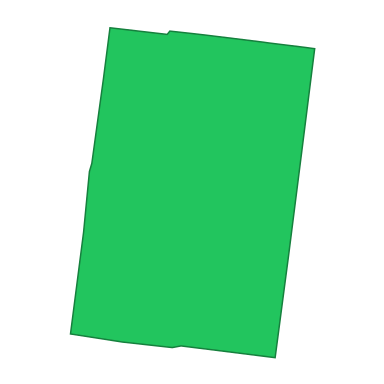 Carlton, Minnesota, United States of America (orthographic projection), rotated 277°
{"feature_id": "52423323B32701747580552", "entity_name": "Carlton", "entity_type": "district", "adm_level": 2, "iso_a3": "USA", "parent_name": "United States of America", "parent_adm1": "Minnesota", "projection": "orthographic", "projection_center": [-92.563, 46.593], "detail": "fine", "context": "isolated", "style": "filled", "palette": "green", "viewbox_px": 384, "rotation_deg": 277, "n_neighbors": 0, "source": "geoboundaries", "source_scale": "gbopen_adm2", "svg_char_len": 446}
<svg xmlns="http://www.w3.org/2000/svg" viewBox="0 0 384 384"><g transform="rotate(277 192 192)"><path d="M36.3,88.7L34.6,141.3L35.2,191.4L37.9,199.9L37.7,294.7L140.6,295.6L242.8,296.0L349.2,296.3L349.2,294.1L349.3,287.5L349.3,259.8L349.3,249.8L349.4,244.8L349.4,185.1L349.3,173.1L349.0,150.4L345.4,148.2L345.3,134.9L345.0,90.6L293.4,90.3L208.2,89.1L199.9,87.7L139.0,89.3L36.3,88.7Z" fill="#22c55e" stroke="#15803d" stroke-width="1.5"/></g></svg>